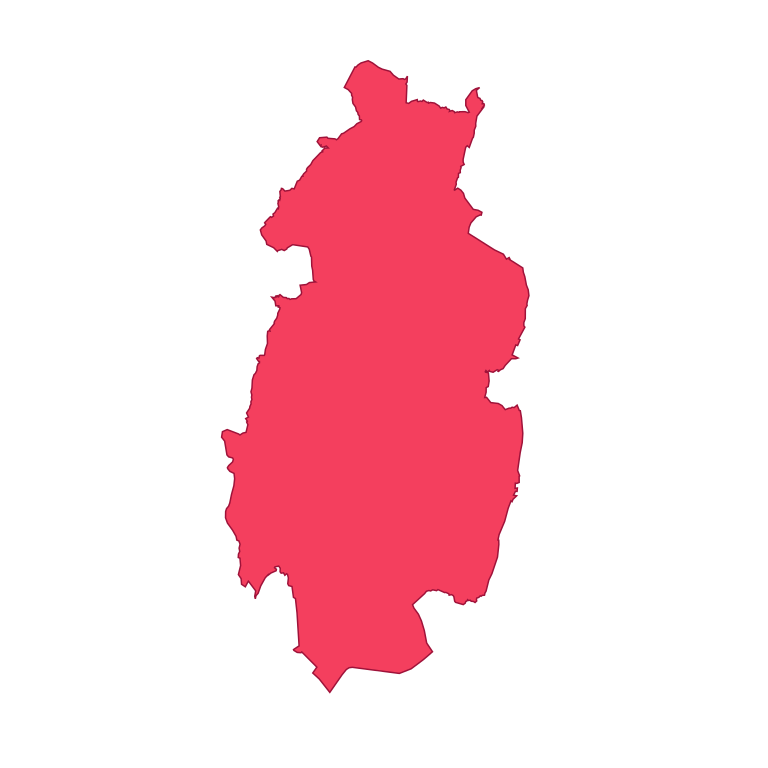 Ocoyucan, Puebla, Mexico, rotated 192°
{"feature_id": "50627088B82486318160402", "entity_name": "Ocoyucan", "entity_type": "district", "adm_level": 2, "iso_a3": "MEX", "parent_name": "Mexico", "parent_adm1": "Puebla", "projection": "equal_earth", "projection_center": [-98.314, 18.93], "detail": "fine", "context": "isolated", "style": "filled", "palette": "rose", "viewbox_px": 768, "rotation_deg": 192, "n_neighbors": 0, "source": "geoboundaries", "source_scale": "gbopen_adm2", "svg_char_len": 6163}
<svg xmlns="http://www.w3.org/2000/svg" viewBox="0 0 768 768"><g transform="rotate(192 384 384)"><path d="M372.9,71.1L364.6,90.8L361.5,96.9L359.2,99.2L356.1,100.3L308.8,104.1L298.2,111.1L288.1,122.7L280.9,132.2L288.4,139.5L293.3,151.2L298.1,160.0L302.5,166.0L308.1,171.0L310.2,174.1L300.7,187.4L299.4,190.1L297.2,191.3L295.3,191.3L293.6,192.8L289.6,192.8L288.5,194.1L281.3,192.6L280.1,193.0L277.0,192.3L276.4,191.0L274.2,192.0L272.4,191.5L271.4,190.4L269.7,186.2L268.6,185.3L260.6,184.7L259.0,186.5L258.8,188.3L257.8,188.9L257.4,190.4L256.4,189.8L254.6,190.4L253.6,189.6L251.4,189.9L249.5,189.2L248.2,191.1L248.8,192.4L248.8,193.9L246.9,195.0L245.8,196.8L244.9,196.6L243.9,197.7L241.8,198.3L241.8,200.5L241.1,202.6L240.7,214.1L239.0,220.9L237.0,238.3L238.3,250.9L239.3,255.1L240.1,255.1L240.1,260.7L237.4,274.8L236.7,288.2L235.5,296.1L234.3,295.5L233.8,298.1L231.0,302.2L234.2,302.2L233.1,306.3L231.5,306.6L231.9,310.0L234.1,309.2L234.9,314.3L233.4,314.4L231.3,315.8L232.6,321.7L232.2,322.3L235.3,327.2L236.5,345.1L236.6,355.3L238.0,364.7L242.5,379.5L245.1,386.2L246.2,386.3L249.4,391.0L251.8,388.0L253.9,387.9L255.1,386.7L256.6,386.4L260.1,384.1L264.1,387.4L268.2,388.7L275.7,388.0L280.9,392.3L282.7,391.7L282.4,397.2L283.3,401.7L281.5,403.2L281.8,408.8L284.0,416.1L284.4,416.7L287.2,416.7L287.5,417.2L287.1,418.4L285.3,417.2L283.8,419.1L283.2,418.3L279.7,418.2L276.3,421.5L275.1,421.3L275.1,420.1L274.6,420.1L273.1,422.1L270.7,423.8L269.3,427.4L264.6,435.2L260.4,436.1L258.3,437.3L264.7,439.1L263.2,449.6L261.3,449.4L260.1,455.5L261.8,456.0L258.0,468.9L259.3,470.0L260.0,473.1L259.4,477.3L261.4,487.1L260.3,490.6L260.9,491.9L261.0,495.7L260.6,500.5L262.5,506.1L265.3,510.4L268.6,518.3L270.9,522.2L272.4,526.4L287.2,531.9L286.8,532.4L287.9,533.7L290.2,531.6L294.2,535.8L303.7,538.1L332.9,548.9L333.3,555.1L332.5,559.6L328.6,566.7L325.2,569.3L324.0,569.4L323.9,572.3L328.0,573.5L333.0,573.4L343.6,582.7L345.9,587.0L349.1,589.6L352.6,590.9L355.2,588.3L355.6,588.5L354.8,594.3L355.5,596.5L354.9,601.0L354.2,601.7L354.9,605.5L353.3,606.6L353.9,609.0L353.6,611.7L354.2,612.8L351.2,615.4L352.7,617.5L353.3,620.2L353.3,632.5L352.1,634.4L349.8,633.1L348.5,642.8L347.9,643.9L347.9,648.0L348.5,651.1L347.8,655.2L348.5,658.0L348.8,665.3L344.3,675.0L345.1,674.6L343.8,677.7L344.5,678.9L346.2,678.6L346.0,680.4L347.0,681.6L348.4,681.7L349.5,683.3L351.7,683.7L352.2,684.5L354.7,690.4L352.1,693.8L355.7,691.9L358.7,689.1L363.1,679.1L361.9,673.4L357.1,667.6L358.2,666.9L361.4,667.2L366.8,666.0L367.1,665.4L368.8,665.4L371.3,664.1L371.9,665.0L374.1,665.7L376.5,664.4L376.3,665.0L377.3,666.1L379.4,666.1L381.1,667.8L382.6,666.6L384.5,666.7L385.9,665.6L387.9,667.4L393.0,669.3L397.1,669.0L398.8,668.0L399.2,668.8L400.3,668.3L404.6,669.9L405.6,668.3L407.0,668.4L409.4,667.3L410.0,667.4L410.6,669.1L415.9,666.2L418.2,663.6L420.8,663.7L423.7,680.8L425.0,682.0L424.2,684.1L425.1,690.0L426.1,687.2L427.1,686.2L428.9,686.6L432.9,685.4L439.0,688.0L443.1,691.1L451.2,691.6L455.3,692.6L461.9,695.6L466.7,696.9L473.3,693.2L475.8,690.6L477.3,688.1L478.3,688.1L484.5,665.8L480.2,664.5L476.1,661.5L475.7,659.6L474.4,658.1L474.1,655.6L472.7,652.0L469.4,649.0L467.8,645.5L466.2,644.3L465.3,642.2L463.9,641.2L462.9,637.6L461.0,637.6L460.6,636.9L460.9,636.0L464.6,633.0L466.8,629.5L470.3,626.6L475.8,620.8L477.5,619.9L480.0,614.4L481.3,613.0L482.9,613.6L489.9,612.7L491.2,613.6L498.2,611.5L499.8,607.2L496.1,604.0L495.3,604.6L495.1,603.1L493.1,602.9L489.8,604.8L487.6,603.3L491.0,602.4L493.1,599.0L492.3,598.4L494.1,597.2L500.0,587.7L501.3,583.4L503.8,579.7L504.4,577.9L504.0,576.2L506.3,572.8L506.9,571.0L506.5,570.4L507.6,570.0L508.9,565.9L511.0,564.3L512.4,556.2L514.8,556.2L516.4,553.9L521.0,552.1L523.8,554.0L525.0,554.0L525.0,552.5L525.9,550.7L524.3,545.6L524.8,545.0L524.1,544.0L524.2,542.4L524.7,542.8L525.7,541.0L525.2,540.5L525.3,538.5L523.9,535.6L523.8,533.5L524.7,533.8L526.4,528.9L527.9,527.1L527.0,525.3L528.7,523.6L529.6,524.1L530.2,523.6L534.1,517.3L534.3,516.8L532.9,515.7L533.5,513.9L535.9,511.3L537.0,509.0L534.6,504.4L529.1,499.4L527.7,496.2L520.3,494.4L515.9,491.5L515.6,492.4L512.0,494.4L509.3,493.8L507.2,495.8L506.9,497.1L502.3,501.3L487.1,502.2L485.1,500.2L482.1,493.8L481.3,493.1L479.2,484.4L477.5,480.5L474.9,471.5L473.9,470.2L472.2,469.6L478.1,467.7L480.5,465.2L486.6,463.2L483.6,456.3L483.7,454.3L487.7,449.2L492.1,448.1L493.5,447.2L494.8,447.9L496.4,447.4L497.5,448.2L500.4,447.8L504.3,449.8L505.2,448.8L505.0,447.6L505.4,447.3L505.8,448.0L507.0,447.1L507.0,448.0L508.2,447.5L508.8,445.7L511.8,445.6L507.8,442.4L506.1,438.0L502.5,438.8L503.4,438.2L503.6,437.4L501.6,437.0L501.5,435.6L502.6,431.1L502.3,429.2L502.6,426.1L504.1,422.6L504.2,420.8L503.8,420.3L507.3,413.4L506.5,412.1L507.6,412.1L508.7,411.3L508.2,406.7L506.4,399.4L507.2,393.2L506.8,388.1L507.0,387.1L511.1,386.3L511.7,385.7L511.8,383.3L513.4,383.4L513.9,382.4L511.3,380.0L510.5,380.1L510.2,378.8L511.3,377.7L511.7,374.6L511.2,370.8L512.0,367.7L513.1,366.0L513.6,360.6L512.3,352.4L512.5,348.7L511.0,345.8L510.9,343.5L510.0,341.3L510.5,339.0L509.9,336.9L510.5,334.2L510.4,332.3L512.4,327.1L509.7,323.5L512.1,321.4L509.9,319.2L510.5,318.3L508.7,315.9L508.9,308.0L511.8,306.7L514.3,304.2L515.8,304.9L527.9,306.8L532.1,303.8L531.8,298.2L528.0,295.0L522.9,282.0L520.8,280.4L516.7,280.2L515.7,279.0L515.9,276.3L518.9,272.0L519.8,269.7L519.3,268.7L516.6,266.5L512.1,265.4L510.4,260.3L509.7,253.3L510.2,244.3L510.1,235.6L510.6,232.2L512.1,229.4L512.4,226.4L511.2,220.2L508.2,215.4L501.7,209.5L497.0,204.2L495.5,200.7L493.3,200.3L491.5,197.4L491.6,193.3L490.3,190.2L491.0,187.4L490.5,184.0L488.7,183.7L486.5,176.6L486.8,167.3L483.3,163.9L481.7,158.5L477.5,156.8L475.7,162.9L475.1,162.5L466.5,155.0L466.3,149.4L465.2,147.1L465.2,150.3L463.6,153.2L462.6,160.9L459.9,169.7L457.7,173.4L457.5,173.0L455.3,175.6L450.7,178.9L450.7,180.4L452.9,181.5L452.6,182.5L449.1,184.0L447.2,182.2L446.6,178.7L445.3,177.6L443.0,178.4L441.2,176.3L439.9,178.1L438.8,177.7L437.2,174.4L436.6,168.6L435.3,167.0L431.9,166.8L428.2,156.5L426.0,155.7L421.5,142.1L412.6,110.2L417.3,105.5L416.8,104.7L413.1,103.4L409.3,103.9L408.7,104.8L390.8,93.1L393.6,86.5L386.0,82.0L372.9,71.1Z" fill="#f43f5e" stroke="#9f1239" stroke-width="1.5"/></g></svg>